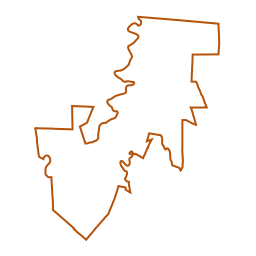 Rastoaca, Vrancea, Romania (Mercator projection), rotated 269°
{"feature_id": "2599482B59302072108083", "entity_name": "Rastoaca", "entity_type": "district", "adm_level": 2, "iso_a3": "ROU", "parent_name": "Romania", "parent_adm1": "Vrancea", "projection": "mercator", "projection_center": [27.302, 45.655], "detail": "fine", "context": "isolated", "style": "outline", "palette": "amber", "viewbox_px": 256, "rotation_deg": 269, "n_neighbors": 0, "source": "geoboundaries", "source_scale": "gbopen_adm2", "svg_char_len": 5899}
<svg xmlns="http://www.w3.org/2000/svg" viewBox="0 0 256 256"><g transform="rotate(269 128 128)"><path d="M230.7,220.3L235.0,179.9L239.0,140.0L237.4,140.4L236.2,141.4L235.4,142.5L234.9,142.8L233.9,143.1L232.0,142.7L231.3,142.4L230.6,141.7L230.3,141.0L230.2,140.2L230.5,139.9L231.3,138.9L232.3,137.8L232.6,136.9L232.5,135.7L232.1,134.3L231.3,133.2L230.0,131.7L228.6,130.4L227.6,129.8L226.5,129.6L225.7,129.7L225.0,130.4L224.3,131.3L223.7,132.8L222.5,136.3L221.3,138.6L220.4,139.7L218.8,140.1L217.5,139.4L212.9,135.0L211.2,132.4L210.8,131.4L210.2,130.3L209.6,129.7L208.6,129.5L207.3,129.8L206.1,130.2L203.7,131.5L202.1,132.3L200.9,132.9L199.4,133.3L198.1,132.8L196.1,131.6L191.2,129.7L189.8,128.3L187.5,125.6L186.8,124.4L185.5,121.7L185.4,119.6L185.3,118.5L185.1,117.2L184.8,116.3L184.4,116.0L183.6,115.6L183.0,115.6L182.4,115.7L181.8,116.0L180.8,116.7L179.9,117.8L179.5,118.2L178.5,119.4L177.9,120.4L177.3,121.6L176.6,122.5L176.2,122.7L174.9,123.9L174.2,125.7L174.1,126.1L174.3,126.7L174.7,127.3L174.7,128.0L174.7,128.7L174.7,129.6L174.5,130.4L174.4,131.1L174.2,131.9L173.9,132.6L173.9,133.4L173.9,134.1L173.7,134.6L173.2,134.9L172.6,134.9L172.0,134.6L171.1,133.5L170.7,131.8L170.6,130.9L170.6,130.2L170.7,129.4L170.6,128.7L170.2,128.0L169.8,127.4L169.1,127.0L168.4,126.8L167.6,126.7L166.6,126.7L165.6,126.7L164.4,126.7L163.6,126.4L163.1,126.0L162.8,125.5L162.5,124.4L162.1,123.0L161.6,120.8L160.8,118.0L160.0,115.6L159.0,114.0L158.1,112.8L157.2,111.3L156.9,110.4L156.4,108.9L156.1,108.3L155.4,107.9L154.7,107.7L154.0,107.8L153.1,108.2L150.9,109.9L149.2,112.0L148.5,112.5L148.1,112.6L147.3,112.7L146.7,112.9L145.5,113.9L145.1,114.5L144.9,115.5L144.9,116.9L144.8,117.3L144.5,117.6L144.3,117.8L144.0,117.9L143.4,117.9L142.8,117.8L139.7,116.3L139.2,116.0L138.6,115.5L137.9,114.3L137.6,113.6L137.5,113.1L137.5,112.7L137.2,111.8L136.7,110.7L135.0,107.9L133.5,106.0L133.6,105.3L133.5,104.1L133.3,103.0L133.0,102.0L132.1,100.7L131.4,100.1L130.8,99.8L129.8,99.3L129.1,99.1L127.3,99.0L126.0,98.8L124.2,98.6L123.8,98.4L123.4,98.2L123.0,98.1L122.3,98.0L121.7,98.1L120.8,98.0L120.2,98.1L119.6,98.1L119.2,98.2L118.7,98.2L118.1,98.1L117.4,97.5L116.1,96.0L115.7,95.4L115.5,94.6L115.3,93.8L114.4,92.4L114.3,91.9L114.4,91.1L114.2,90.4L114.2,90.1L114.1,89.2L113.7,88.3L113.3,87.5L113.3,86.9L113.3,85.1L119.2,83.3L124.6,81.6L126.6,81.1L130.2,79.9L134.0,87.1L134.3,87.3L137.1,88.4L146.1,92.2L149.7,93.8L150.3,84.3L150.9,72.4L150.5,72.5L140.5,72.5L128.2,72.5L127.6,72.5L128.1,62.7L128.3,58.0L128.4,56.8L128.4,55.3L128.7,52.2L128.8,49.0L129.0,45.5L129.1,42.1L129.2,39.3L129.5,35.5L129.2,35.3L128.9,35.4L126.9,35.6L126.0,35.8L123.7,36.1L120.9,36.5L117.8,36.9L116.6,36.9L116.3,36.7L102.2,38.3L101.0,38.6L100.7,38.7L98.4,42.8L98.8,42.8L99.4,43.0L100.3,43.6L101.2,44.5L101.8,45.4L102.0,46.4L101.9,47.0L101.7,47.5L101.0,48.3L99.1,49.5L97.8,49.7L96.6,49.7L95.2,49.3L94.1,48.6L92.7,47.2L91.5,46.3L90.2,45.3L89.2,44.9L86.6,44.7L83.4,44.7L82.4,45.2L81.1,46.5L80.2,47.6L80.1,49.2L80.2,50.4L80.2,50.5L52.5,51.7L47.3,51.6L28.7,72.2L28.1,71.9L26.2,74.0L24.9,75.3L22.2,78.3L21.8,79.0L17.0,84.2L18.0,85.0L21.8,88.3L23.2,89.6L24.8,91.0L27.8,93.5L29.3,94.7L29.8,95.3L35.3,100.3L37.5,102.3L39.6,104.1L40.4,104.9L42.0,106.6L45.9,108.3L48.4,109.4L50.4,110.3L56.3,112.7L56.8,113.0L58.7,113.7L59.8,114.0L60.8,114.4L61.8,114.8L62.6,115.0L63.4,115.3L67.6,116.7L69.6,117.5L70.1,117.5L70.0,118.0L69.5,120.1L68.6,124.5L66.3,124.6L64.4,127.7L63.5,129.2L69.3,128.3L71.8,127.9L74.2,127.9L74.2,127.2L74.3,126.8L74.6,126.2L74.9,125.8L75.6,124.9L76.1,124.6L76.4,124.3L76.8,124.2L77.1,124.2L77.8,124.3L78.0,124.3L78.7,124.9L79.7,125.4L81.8,126.1L82.8,126.3L83.7,126.2L84.5,125.9L84.8,125.6L84.9,125.1L85.0,124.5L85.0,124.2L85.3,123.9L85.6,123.7L87.7,122.2L88.3,122.0L89.5,120.9L90.0,120.6L92.2,119.9L92.7,119.8L93.3,119.8L93.8,119.8L94.2,119.9L94.6,120.1L95.0,120.4L95.2,120.8L95.2,121.1L94.9,121.7L94.4,122.4L92.8,123.7L91.6,124.8L90.6,126.0L90.4,126.5L90.3,127.1L90.4,127.5L90.7,128.0L91.0,128.4L91.4,128.7L92.0,129.0L92.6,129.1L95.2,129.0L96.0,128.8L97.2,128.9L97.6,129.1L97.9,129.4L98.2,129.9L98.5,130.4L99.1,131.2L99.5,131.6L100.0,131.9L100.4,131.9L100.8,131.8L101.3,131.6L101.5,131.2L102.1,129.2L102.7,129.0L103.4,129.4L104.0,130.1L104.6,131.3L103.7,132.0L102.1,133.0L101.8,133.2L101.6,134.0L101.9,134.6L102.1,135.0L97.6,142.6L99.1,143.2L101.4,144.4L103.3,145.2L105.3,146.1L108.2,147.4L108.0,147.7L110.6,148.5L112.7,149.6L116.1,151.5L114.4,146.7L122.3,149.1L120.2,160.6L119.9,160.6L119.7,160.8L119.1,161.2L118.3,161.7L117.9,161.8L116.9,162.0L115.1,162.0L113.7,161.9L113.1,161.9L112.1,161.8L111.4,161.9L110.2,162.7L108.8,163.5L108.4,163.8L108.0,163.8L106.6,164.3L106.3,164.5L106.0,164.8L105.9,165.0L105.9,165.3L105.9,165.5L106.2,165.8L106.8,166.3L107.0,166.7L107.0,167.0L106.9,167.2L106.7,167.6L106.3,168.0L105.4,168.5L104.3,169.1L103.3,169.4L102.1,169.6L99.4,169.7L97.8,169.8L96.8,169.8L96.3,169.9L95.2,170.2L94.1,170.7L92.7,171.2L90.5,171.4L89.9,171.7L89.7,172.0L89.6,172.4L89.4,173.1L88.9,174.3L88.2,175.8L88.1,176.2L87.9,177.1L87.8,177.4L87.5,177.9L87.3,178.4L87.0,178.8L84.8,179.6L84.5,179.8L84.8,180.1L88.2,181.9L90.8,182.0L92.8,182.2L94.6,182.3L96.3,182.2L97.1,182.3L97.8,182.2L99.6,182.1L102.9,181.9L106.6,181.9L107.1,182.0L135.0,182.5L134.9,186.3L133.0,189.5L131.5,192.4L130.2,195.3L130.0,196.0L132.9,195.3L135.5,194.6L137.5,194.1L139.1,193.6L142.3,192.8L146.6,191.5L147.4,191.1L147.3,195.9L147.2,199.2L147.2,207.1L148.0,206.7L149.8,206.1L151.5,205.4L152.4,205.0L155.9,204.0L157.1,203.6L158.5,203.0L159.1,202.7L159.6,202.1L161.4,201.5L163.4,200.7L164.6,200.4L165.1,200.0L167.4,199.0L170.0,198.2L172.2,197.4L172.9,197.0L173.2,196.7L173.2,193.4L173.3,192.4L181.7,192.8L183.4,193.1L184.7,193.0L186.1,193.1L190.0,193.4L192.4,193.6L194.7,193.6L198.8,193.9L200.3,193.9L200.2,204.1L200.1,208.0L200.1,212.8L200.0,218.4L200.0,219.8L202.2,219.9L210.7,220.7L223.3,220.5L225.2,220.3L230.7,220.3Z" fill="none" stroke="#b45309" stroke-width="2"/></g></svg>